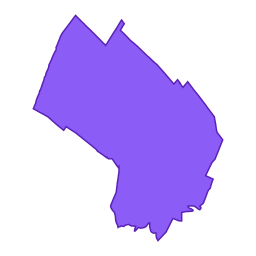 Tan Hiep, Kiên Giang, Vietnam
{"feature_id": "81297802B5868916674827", "entity_name": "Tan Hiep", "entity_type": "district", "adm_level": 2, "iso_a3": "VNM", "parent_name": "Vietnam", "parent_adm1": "Kiên Giang", "projection": "natural_earth1", "projection_center": [105.238, 10.087], "detail": "fine", "context": "isolated", "style": "filled", "palette": "violet", "viewbox_px": 256, "rotation_deg": 0, "n_neighbors": 0, "source": "geoboundaries", "source_scale": "gbopen_adm2", "svg_char_len": 4629}
<svg xmlns="http://www.w3.org/2000/svg" viewBox="0 0 256 256"><path d="M118.1,227.4L118.4,227.1L118.7,226.9L119.2,226.8L120.0,226.7L120.4,226.4L120.9,226.1L121.3,226.0L121.7,226.0L122.9,226.4L123.4,226.4L123.9,226.3L124.4,226.0L124.8,225.7L125.1,225.3L125.5,225.1L126.0,224.9L126.7,224.8L127.4,224.7L127.8,224.6L128.2,224.5L128.6,224.5L129.2,224.6L129.9,225.2L130.8,225.7L131.6,226.0L132.4,226.0L133.5,226.0L134.4,226.1L135.2,226.3L135.7,226.3L135.4,227.4L135.0,228.4L134.8,229.1L134.6,229.9L134.5,230.6L134.5,231.0L134.8,231.1L135.0,231.1L135.2,230.9L136.8,229.3L137.3,228.8L137.8,228.1L138.1,227.8L138.4,227.5L138.6,227.5L139.1,227.6L140.0,228.0L140.5,228.1L140.8,228.1L141.8,228.0L142.5,227.8L143.2,227.8L144.2,227.5L146.1,226.5L147.7,224.3L148.5,223.4L149.3,222.7L149.6,222.8L149.7,223.0L149.7,224.7L149.7,226.2L149.9,227.5L150.3,229.4L150.8,231.1L151.4,231.9L152.3,232.6L153.3,233.1L154.2,233.1L154.9,232.9L155.4,232.9L155.9,232.9L156.0,233.3L156.1,233.7L156.1,234.8L156.2,236.1L156.4,237.2L156.7,238.3L158.0,240.6L161.3,237.1L164.3,233.9L166.0,232.2L167.6,229.0L170.3,223.6L172.1,220.1L172.9,218.5L174.2,218.9L174.8,219.1L175.6,219.5L176.2,219.8L176.7,219.9L177.1,220.0L177.7,220.3L178.1,220.6L178.5,220.7L179.9,220.9L181.2,220.9L181.7,220.9L181.7,219.3L181.7,212.3L182.7,212.2L184.2,211.9L185.4,211.7L186.7,211.5L188.2,211.5L189.9,211.4L191.7,211.2L192.4,211.1L192.9,210.9L193.0,210.7L193.0,210.3L193.0,210.1L192.7,209.9L192.1,209.4L191.1,208.8L189.2,208.1L188.5,207.5L188.1,206.9L188.0,206.3L188.2,205.8L189.8,206.0L191.7,205.9L193.6,206.0L194.0,206.1L194.3,206.2L195.3,206.8L196.6,207.7L198.0,208.8L199.0,209.4L199.4,209.7L199.9,209.6L200.3,209.2L200.7,208.5L200.9,208.1L200.9,207.5L200.7,207.0L200.5,206.9L200.1,206.6L199.9,206.3L199.9,206.0L200.0,205.8L200.7,205.3L202.1,204.3L202.9,203.6L203.5,202.8L205.0,199.0L207.4,192.5L208.4,190.0L208.8,189.6L209.4,189.2L210.0,188.5L210.4,187.4L210.8,185.9L211.3,184.2L212.2,181.5L213.1,179.1L209.8,177.6L205.6,175.7L211.6,163.2L212.7,161.6L213.6,160.7L213.8,160.5L214.4,159.9L215.0,159.2L222.6,140.2L222.7,139.8L219.2,135.2L217.9,133.4L217.3,132.7L216.9,131.8L216.7,131.0L216.3,128.8L215.8,125.6L215.7,124.5L215.0,120.8L214.3,116.6L214.0,116.3L213.5,115.7L211.2,112.6L207.5,107.7L205.0,104.1L204.1,103.0L202.1,100.4L199.1,96.4L197.2,94.0L194.2,90.4L192.6,88.2L188.6,82.9L187.7,81.7L182.9,87.4L181.9,86.0L179.9,83.4L180.2,83.2L177.6,79.7L173.8,84.0L170.8,80.5L167.5,76.6L164.5,73.1L160.9,69.0L157.6,65.3L156.5,64.2L155.0,63.0L153.0,61.1L152.6,61.0L152.5,60.8L152.4,60.6L148.8,57.1L147.7,56.3L137.4,46.3L133.1,42.6L130.1,40.1L125.0,34.7L120.3,30.2L123.9,24.4L124.3,23.7L124.0,23.4L123.3,22.5L122.8,21.8L122.5,21.3L122.4,21.1L121.9,20.3L121.6,20.0L120.7,21.3L119.1,24.0L117.5,26.7L115.8,29.4L114.0,32.1L113.1,33.5L112.5,34.5L110.9,37.1L109.3,39.6L107.8,42.1L107.3,42.9L106.6,43.9L105.6,45.4L105.2,44.9L104.6,44.3L102.6,42.4L100.1,39.8L97.6,37.3L95.1,34.8L92.6,32.3L90.1,29.8L87.5,27.4L85.0,24.9L84.3,24.1L82.2,22.2L79.9,19.8L77.4,17.4L76.7,16.6L75.6,15.4L74.2,17.2L69.4,23.7L62.2,33.2L61.2,35.0L60.4,36.7L59.1,40.1L58.0,42.8L56.8,45.9L56.1,47.2L56.1,47.6L56.2,48.8L56.1,49.5L55.9,50.3L55.1,51.5L53.9,53.8L52.8,56.2L52.4,57.1L51.9,58.4L51.4,59.8L50.7,61.1L50.0,62.7L49.2,64.4L48.8,65.4L48.8,65.9L48.7,66.7L48.6,67.2L48.5,67.7L48.2,68.4L47.9,69.1L47.7,69.6L47.5,70.1L47.3,70.5L46.9,71.3L46.4,72.4L46.0,73.4L45.9,74.1L45.8,74.8L45.7,75.2L45.5,75.8L45.1,76.4L44.8,76.9L44.5,77.4L44.3,77.9L44.2,78.4L44.2,78.7L44.2,78.9L43.9,80.0L42.1,84.9L41.3,87.4L40.8,89.0L40.5,89.7L40.2,90.1L40.0,90.4L39.7,90.7L39.6,91.1L39.5,91.7L39.5,92.2L39.3,92.9L38.5,94.8L37.6,96.7L37.2,97.9L36.8,98.9L36.3,100.3L36.1,101.3L35.7,102.9L35.2,104.3L34.6,105.6L33.8,107.7L33.3,108.7L41.0,113.0L42.4,113.7L45.1,115.2L47.5,116.6L48.6,117.4L49.8,118.5L51.9,120.4L56.2,124.2L63.7,130.3L66.2,126.7L72.3,130.7L73.8,131.6L75.5,132.7L86.1,141.2L86.2,141.3L94.7,148.1L96.4,149.6L97.3,151.0L98.1,151.6L99.2,152.3L100.6,153.3L103.6,155.4L106.6,157.7L107.1,157.2L107.5,157.7L107.9,158.2L108.2,158.6L108.5,158.8L110.0,158.8L111.4,158.8L111.9,158.8L112.3,159.1L112.9,159.9L113.9,161.3L116.7,165.5L117.2,166.1L117.6,166.6L117.9,166.9L118.1,167.3L118.9,166.4L119.0,168.1L119.0,170.7L119.0,171.5L118.9,172.6L118.6,174.2L118.1,178.2L117.8,179.9L117.2,183.7L117.1,185.2L116.4,190.4L116.2,192.5L116.0,192.9L114.8,195.6L112.6,200.8L110.9,204.9L110.7,205.5L110.6,205.9L110.6,206.2L111.0,207.6L111.5,208.8L112.0,209.5L112.6,210.3L113.7,211.6L114.4,212.5L114.8,213.8L115.2,215.4L115.4,216.5L115.5,218.1L115.7,220.0L116.0,221.6L116.4,222.9L116.9,223.9L117.3,224.6L118.1,227.4Z" fill="#8b5cf6" stroke="#5b21b6" stroke-width="1.5"/></svg>